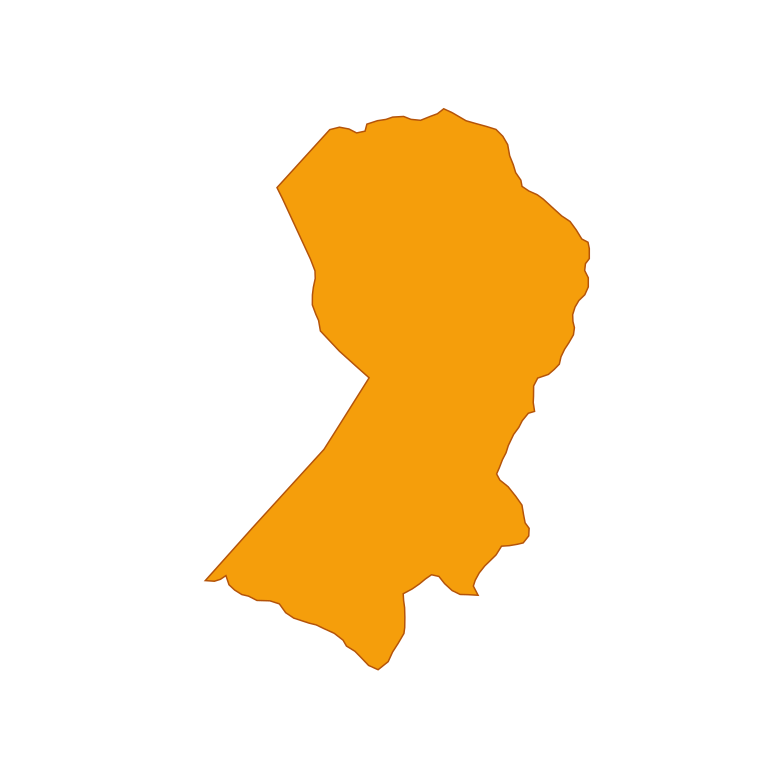 outline of Corumbataí, São Paulo, Brazil, rotated 131°
{"feature_id": "56859067B67739189457030", "entity_name": "Corumbataí", "entity_type": "district", "adm_level": 2, "iso_a3": "BRA", "parent_name": "Brazil", "parent_adm1": "São Paulo", "projection": "orthographic", "projection_center": [-47.609, -22.243], "detail": "fine", "context": "isolated", "style": "filled", "palette": "amber", "viewbox_px": 768, "rotation_deg": 131, "n_neighbors": 0, "source": "geoboundaries", "source_scale": "gbopen_adm2", "svg_char_len": 1923}
<svg xmlns="http://www.w3.org/2000/svg" viewBox="0 0 768 768"><g transform="rotate(131 384 384)"><path d="M140.3,374.3L140.0,385.0L140.6,392.3L143.3,401.3L144.3,409.5L140.4,414.4L138.1,423.3L133.7,430.3L129.3,438.9L122.2,447.7L119.1,456.8L118.4,466.5L122.4,475.6L127.5,486.2L131.5,494.8L134.4,510.1L137.1,519.5L145.0,521.0L151.6,524.6L161.0,529.4L166.6,537.3L169.2,544.7L176.9,552.6L183.0,556.1L189.6,561.7L199.1,567.4L205.6,564.2L212.5,569.4L214.5,577.7L219.4,586.1L227.6,591.8L306.0,593.6L310.6,582.5L338.0,521.4L343.9,510.3L349.5,505.1L357.3,500.8L363.7,496.5L371.3,490.0L376.1,481.2L379.0,475.0L385.7,466.8L388.5,439.1L388.9,416.7L389.1,399.3L452.3,389.5L472.8,386.4L578.5,388.9L649.6,389.9L644.1,382.6L638.7,379.3L632.3,377.6L637.2,369.3L637.5,361.6L636.2,353.2L633.0,347.1L630.7,337.9L622.5,327.9L618.6,318.7L621.1,308.2L619.9,298.5L613.6,283.6L610.3,277.2L608.1,269.1L604.8,258.0L604.2,246.8L606.4,240.4L604.8,230.6L605.5,221.7L606.5,211.0L603.5,201.0L590.8,198.7L580.6,201.7L570.3,203.2L559.2,205.3L554.2,208.6L546.4,215.2L539.3,221.7L534.5,227.2L529.7,231.9L520.2,228.3L511.6,226.1L503.8,224.8L496.8,223.0L493.2,216.3L494.9,207.3L495.2,197.1L492.9,188.5L487.8,182.3L481.7,174.4L477.9,184.0L472.3,186.4L464.1,188.2L455.1,188.6L439.5,187.3L429.3,188.9L423.7,183.3L417.6,178.3L412.6,174.7L403.7,175.1L397.7,179.8L396.2,186.4L391.2,192.8L384.9,200.4L382.4,210.6L380.1,222.9L380.5,233.5L378.0,240.0L371.3,242.1L363.3,245.0L355.8,246.8L348.9,249.8L337.0,253.1L328.3,253.8L321.0,255.6L311.4,255.9L305.9,252.4L300.1,259.2L295.3,263.0L287.3,269.8L278.7,271.9L268.9,266.2L261.3,265.1L254.0,264.7L247.3,268.3L239.3,270.5L231.8,271.5L222.6,273.3L216.6,277.2L212.8,282.5L207.9,287.1L200.6,290.3L193.1,291.7L184.9,291.0L176.7,293.5L169.8,299.5L166.7,307.0L161.0,310.9L154.7,311.3L147.1,317.9L143.2,323.0L144.8,329.9L141.6,340.0L139.3,350.2L140.6,360.2L140.3,374.3Z" fill="#f59e0b" stroke="#b45309" stroke-width="1.5"/></g></svg>